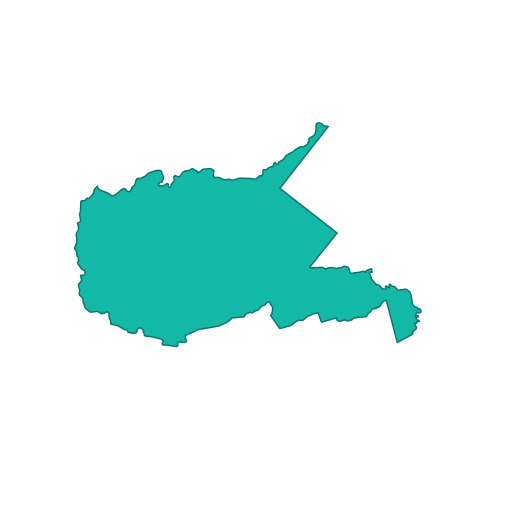 an SVG outline of West Virginia, rotated 38°
{"feature_id": "USA-3554", "entity_name": "West Virginia", "entity_type": "State", "adm_level": 1, "iso_a3": "USA", "parent_name": "United States of America", "parent_adm1": "", "projection": "robinson", "projection_center": [-80.323, 38.926], "detail": "fine", "context": "isolated", "style": "filled", "palette": "teal", "viewbox_px": 512, "rotation_deg": 38, "n_neighbors": 0, "source": "natural_earth", "source_scale": "10m", "svg_char_len": 6137}
<svg xmlns="http://www.w3.org/2000/svg" viewBox="0 0 512 512"><g transform="rotate(38 256 256)"><path d="M88.0,298.9L90.6,300.1L93.6,299.8L99.6,297.8L104.8,297.3L106.1,296.9L107.1,295.4L107.7,293.9L109.2,286.4L110.0,284.5L111.0,283.7L114.3,284.2L115.9,283.9L117.0,282.5L116.9,280.5L116.0,278.0L116.1,277.1L116.6,275.9L116.4,273.7L114.7,269.7L114.9,267.7L117.4,265.8L118.3,263.8L119.5,261.5L120.0,258.0L121.2,255.4L123.2,252.1L125.6,249.2L127.8,247.6L129.4,247.6L130.7,248.4L131.8,249.4L134.0,250.3L134.9,251.3L135.6,252.6L136.4,255.4L136.2,255.9L135.4,256.6L135.1,257.7L134.6,258.6L135.1,259.5L136.4,260.2L138.0,259.4L139.3,258.0L140.2,256.8L141.2,253.8L141.9,253.3L142.7,253.6L144.0,254.9L144.7,255.2L146.1,254.8L146.1,253.8L145.4,252.5L145.0,251.1L145.3,248.0L145.2,246.5L143.9,245.6L142.9,244.6L142.6,244.1L142.4,242.7L146.3,241.3L146.8,240.5L147.0,238.5L146.8,235.4L146.9,234.3L147.5,233.0L150.8,229.3L151.9,226.4L153.4,226.0L155.1,225.9L156.6,225.4L157.1,226.0L158.1,225.4L159.0,226.0L159.8,224.9L160.4,221.6L160.9,220.1L166.2,215.3L167.3,214.8L170.3,214.8L170.9,215.5L172.5,218.6L173.9,219.5L175.5,219.3L178.0,217.2L179.4,216.6L182.4,216.1L183.8,215.5L184.9,214.8L186.8,212.8L188.1,211.8L190.9,210.8L191.9,209.5L193.5,206.7L195.8,204.3L203.6,198.5L208.4,195.9L208.5,195.0L209.3,192.7L209.3,190.9L210.8,189.7L211.1,188.1L210.9,186.9L209.1,184.8L208.7,183.7L209.2,183.0L210.8,182.1L211.1,181.2L211.7,178.7L212.1,177.7L213.9,175.4L214.0,174.7L213.2,172.0L213.5,170.6L214.2,170.7L215.2,171.2L216.1,171.1L216.5,170.3L216.1,168.2L216.6,166.7L217.7,164.5L218.0,162.6L217.9,159.1L218.2,157.5L218.9,155.4L221.0,150.9L221.5,147.9L222.2,146.0L223.7,142.7L226.2,140.6L226.6,140.1L227.3,137.4L227.6,136.9L227.5,135.8L227.0,133.9L227.0,132.2L226.3,131.7L225.6,131.6L225.7,129.6L227.2,126.3L227.5,124.4L227.3,123.2L226.7,121.7L225.1,118.9L222.8,116.0L222.3,114.5L223.0,112.8L224.3,111.9L226.1,111.4L227.8,111.3L229.0,111.9L232.1,109.9L233.2,109.6L233.2,188.0L305.8,188.0L305.2,231.6L305.3,231.8L306.3,231.5L307.2,231.0L314.9,224.3L318.9,223.4L320.0,221.3L321.4,219.6L323.4,218.2L327.0,216.3L328.1,214.9L329.7,213.7L330.3,212.8L331.2,210.6L332.0,209.6L334.6,208.4L335.8,208.3L338.1,209.4L339.4,210.6L340.2,211.0L341.3,211.1L342.1,210.8L342.8,210.1L343.5,209.1L347.6,205.0L349.7,202.2L350.3,201.8L351.9,201.4L352.5,201.0L352.0,199.9L352.2,199.0L353.5,197.2L354.3,195.5L354.8,195.1L355.6,195.6L357.4,197.4L357.3,197.6L356.4,198.1L356.1,198.5L356.0,199.4L356.5,200.1L359.4,201.6L361.2,202.9L362.9,203.5L368.6,204.4L368.8,204.0L371.1,203.3L376.1,204.0L378.3,202.5L378.6,201.6L378.3,201.2L376.9,200.7L377.1,199.5L378.2,199.2L379.6,199.2L380.5,198.8L378.5,196.3L379.2,195.8L381.9,195.9L383.7,195.1L385.0,194.8L387.9,195.4L389.2,195.3L391.0,193.4L391.8,192.8L393.8,190.4L394.4,190.0L395.9,189.5L399.4,189.7L402.7,191.7L408.0,196.8L409.4,197.7L410.9,198.2L412.4,198.3L414.3,197.4L416.2,197.9L416.6,197.7L417.0,197.0L417.8,196.9L419.5,197.3L420.5,198.6L420.1,199.9L418.9,201.0L417.2,201.4L418.6,205.5L419.1,205.5L419.6,203.8L420.1,203.2L420.7,203.5L421.2,204.4L420.5,205.6L420.5,206.1L421.4,207.1L422.4,207.1L423.6,206.8L424.9,206.7L424.9,207.3L423.9,207.5L423.5,208.2L423.5,209.1L423.9,210.2L422.4,211.3L423.3,212.1L426.5,213.4L427.1,214.9L426.3,218.0L426.3,219.5L427.5,221.2L420.6,237.2L386.4,211.0L385.5,211.5L384.5,213.0L384.0,214.6L384.4,218.0L384.5,218.8L384.3,220.4L383.9,221.2L383.0,222.9L380.8,225.8L380.4,226.5L380.4,227.3L380.5,229.5L379.8,232.3L380.2,234.9L380.1,235.6L379.8,236.1L377.5,238.7L374.7,240.8L372.0,244.0L370.7,246.1L370.8,247.4L368.6,250.3L367.6,251.1L365.1,251.8L364.7,252.1L363.1,255.1L362.2,255.8L360.6,256.5L359.6,256.6L358.9,256.3L358.1,255.2L357.3,255.4L348.7,267.5L348.3,267.8L347.8,267.6L340.2,262.6L339.8,262.6L339.5,262.9L336.5,266.7L336.1,267.5L335.1,269.7L333.6,272.0L332.6,277.7L331.8,278.5L330.0,279.7L329.3,280.4L328.7,281.3L328.1,282.5L327.2,286.2L325.8,290.0L319.9,298.0L319.3,298.5L304.0,293.8L304.3,292.0L301.2,286.6L300.8,286.3L295.0,284.2L294.5,284.2L294.1,284.5L293.7,285.2L293.3,286.7L293.0,289.6L291.3,292.2L291.1,293.4L291.0,297.0L290.9,297.5L289.0,300.2L288.3,302.7L288.0,303.2L285.9,304.1L285.7,304.4L284.8,306.3L283.7,307.8L283.6,308.6L284.1,310.8L283.9,311.3L282.4,313.0L280.2,314.6L278.6,316.5L275.4,319.4L275.0,320.2L275.2,321.8L275.1,322.3L273.5,327.1L269.5,334.5L255.0,350.4L254.1,353.3L249.5,361.5L249.2,362.3L249.5,363.0L251.1,364.4L253.2,365.3L253.7,366.1L253.7,366.9L253.3,367.8L252.7,368.4L249.6,370.1L248.4,371.2L248.0,371.8L247.9,372.8L248.1,373.5L249.5,374.7L249.4,375.6L249.2,376.1L248.9,376.5L240.3,381.1L238.2,383.0L237.4,383.4L236.6,383.3L236.1,382.9L235.7,382.1L235.7,380.6L235.3,380.0L234.1,379.8L232.4,379.9L230.8,380.5L224.4,383.4L218.1,387.1L217.2,387.3L216.8,387.2L216.0,386.1L214.1,385.5L213.9,384.5L213.3,384.0L210.7,383.6L209.1,384.0L208.1,384.7L207.6,386.1L207.7,387.4L208.7,389.3L208.7,390.3L208.2,391.2L207.5,392.1L202.8,394.7L201.9,394.8L200.9,393.9L199.7,393.9L197.2,395.1L189.9,396.0L184.1,398.8L183.4,399.0L183.0,398.8L182.4,397.6L181.6,396.9L177.5,394.3L175.5,391.7L174.5,391.3L173.6,391.3L172.6,392.0L171.9,393.8L171.2,395.1L169.8,396.5L169.3,396.7L166.5,397.0L164.8,397.6L160.7,401.7L159.7,402.3L158.0,402.4L153.7,402.0L152.9,401.8L151.1,400.5L148.3,399.0L146.5,396.7L145.8,396.1L144.8,395.7L141.4,395.5L140.3,395.0L139.5,394.0L138.6,392.1L138.2,391.4L133.9,388.3L133.5,387.0L133.8,384.0L133.5,382.7L132.9,381.8L130.1,380.0L129.9,379.2L130.1,378.8L132.2,377.0L132.4,375.7L131.9,374.6L131.3,374.0L130.0,373.3L129.2,373.2L127.1,373.6L126.3,373.6L120.7,371.8L119.8,371.3L119.3,370.8L119.3,369.4L118.9,368.7L116.2,366.2L115.6,366.0L115.0,366.3L112.8,363.7L111.7,363.0L109.0,362.1L108.4,361.7L108.1,361.2L106.8,357.1L106.7,356.2L106.2,355.3L105.3,354.1L100.8,349.4L100.4,348.1L100.0,344.8L99.2,343.4L98.4,342.5L95.6,340.5L95.2,340.1L95.2,339.6L96.4,337.7L96.3,336.9L96.1,336.3L95.5,335.5L91.6,332.2L91.2,331.6L90.1,328.8L84.9,321.6L84.5,320.9L84.5,320.1L84.7,319.6L86.2,318.5L87.0,317.6L87.1,316.8L87.1,315.4L87.2,314.6L87.4,314.3L88.6,314.1L89.1,313.6L89.1,311.3L89.5,308.3L89.2,306.5L87.7,303.2L88.0,298.9Z" fill="#14b8a6" stroke="#0f766e" stroke-width="1.5"/></g></svg>